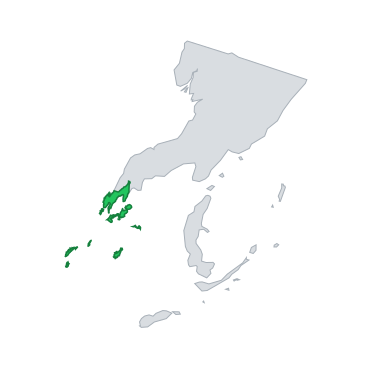 Milne Bay on a map of Papua New Guinea (orthographic projection), rotated 109°
{"feature_id": "PNG-1252", "entity_name": "Milne Bay", "entity_type": "Province", "adm_level": 1, "iso_a3": "PNG", "parent_name": "Papua New Guinea", "parent_adm1": "", "projection": "orthographic", "projection_center": [151.454, -10.028], "detail": "fine", "context": "in_parent", "style": "filled", "palette": "green", "viewbox_px": 384, "rotation_deg": 109, "n_neighbors": 0, "source": "natural_earth", "source_scale": "10m", "svg_char_len": 9708}
<svg xmlns="http://www.w3.org/2000/svg" viewBox="0 0 384 384"><g transform="rotate(109 192 192)"><path d="M50.8,245.6L49.7,202.8L47.5,199.6L49.4,191.9L48.4,120.0L52.4,120.2L72.1,128.4L85.3,132.5L96.9,134.4L107.7,141.3L115.5,141.5L127.3,151.4L132.1,152.0L140.4,160.3L141.0,167.1L140.1,171.5L152.8,175.4L165.0,181.1L171.5,181.6L175.2,183.6L179.8,188.5L180.6,195.2L178.0,196.4L166.7,196.6L163.6,198.8L168.2,209.2L178.5,218.7L186.2,223.1L188.6,231.8L192.5,234.4L195.1,241.3L199.1,242.0L206.9,240.8L208.1,243.7L207.0,248.1L208.2,249.9L222.5,253.5L217.7,255.8L219.9,259.8L229.2,263.2L235.0,264.4L238.5,264.0L234.4,266.0L230.8,265.4L230.1,266.0L231.6,267.7L234.6,269.5L231.5,271.8L228.4,272.2L222.6,270.7L217.6,266.4L202.0,264.6L196.7,262.7L192.4,263.4L179.8,261.2L175.6,258.2L172.8,253.6L165.3,248.2L163.5,245.5L164.2,241.8L162.2,242.4L157.8,239.8L146.2,223.1L140.4,220.8L125.9,218.1L123.8,214.9L117.0,213.8L115.6,216.0L110.1,217.6L105.4,216.1L100.7,212.1L106.4,221.3L104.4,221.3L105.3,222.7L104.3,223.0L98.3,222.6L100.2,226.4L90.4,228.8L83.1,228.2L79.6,229.3L78.1,229.2L76.2,226.4L73.5,227.0L75.8,227.0L78.7,230.2L84.8,229.6L90.8,231.9L95.9,237.4L95.8,241.2L82.4,248.7L74.4,245.8L63.0,247.0L58.9,245.9L53.8,247.5L50.8,245.6ZM257.1,147.7L259.9,149.6L262.8,147.6L268.4,150.1L267.3,159.3L265.5,161.9L260.8,162.8L260.2,164.2L263.3,169.7L262.0,171.6L257.9,173.7L251.2,173.4L249.4,177.2L245.7,180.5L231.1,187.2L215.3,187.8L210.1,183.7L204.7,184.5L197.3,179.7L191.2,177.8L190.0,176.0L190.1,173.6L191.8,172.1L202.7,172.3L209.6,174.2L218.7,172.9L221.3,171.5L222.2,165.5L223.7,163.0L225.2,164.2L223.4,168.8L225.5,172.9L232.0,171.7L236.1,172.6L239.3,171.4L243.9,164.9L247.5,162.0L254.2,160.5L254.1,155.8L251.7,149.2L252.7,147.3L257.1,147.7ZM336.5,195.9L335.7,198.0L335.2,197.3L331.9,199.3L328.1,198.6L324.7,196.4L322.2,192.6L322.1,188.4L318.4,186.5L313.6,181.0L312.7,177.5L313.1,171.6L320.1,175.1L327.2,185.3L334.0,190.0L336.5,195.9ZM282.4,150.4L277.7,159.6L274.8,155.8L273.7,153.1L273.4,146.1L265.9,135.5L258.2,131.9L242.5,121.0L236.3,119.2L237.9,118.7L237.8,116.0L245.6,121.8L250.4,123.1L256.8,127.6L261.2,129.1L280.2,145.6L282.4,150.4ZM157.3,105.2L172.1,105.4L172.3,106.6L170.4,106.8L167.9,109.1L159.0,108.5L155.2,109.8L154.9,108.2L156.3,107.7L156.1,106.1L157.3,105.2ZM232.3,246.8L235.0,248.4L237.3,248.2L239.0,250.0L239.3,253.0L238.4,253.7L237.7,252.8L230.6,252.2L231.9,250.5L230.6,247.1L232.3,246.8ZM230.3,117.8L225.1,117.8L221.1,114.2L226.3,112.5L230.2,114.1L230.3,117.8ZM242.9,259.8L246.2,258.0L247.0,258.6L245.7,263.2L240.6,261.2L237.1,253.8L242.9,259.8ZM270.3,240.3L275.9,239.5L278.7,241.5L279.5,242.2L278.9,244.2L274.2,243.4L270.3,240.3ZM283.2,285.2L293.7,290.3L289.8,291.1L286.5,289.8L286.1,288.5L284.8,288.9L285.4,288.0L283.2,285.2ZM184.0,179.0L179.3,175.3L179.5,172.6L184.5,174.9L184.0,179.0ZM228.8,249.7L227.4,249.8L224.3,247.1L226.2,244.1L228.3,245.2L228.8,249.7ZM311.5,171.4L309.5,165.2L311.3,163.3L313.1,167.3L311.5,171.4ZM167.6,171.6L164.3,169.3L166.7,167.0L168.2,168.1L167.6,171.6ZM217.3,96.6L215.5,97.0L213.1,95.0L213.7,92.8L216.5,94.2L217.3,96.6ZM145.9,156.7L144.0,158.9L142.7,157.2L144.8,154.7L145.9,156.7ZM243.6,228.8L243.7,236.3L242.2,234.8L242.9,231.7L241.4,230.9L243.6,228.8ZM97.1,232.6L100.3,235.6L92.6,230.9L97.1,232.6ZM99.8,231.8L95.6,230.7L94.7,229.8L99.7,230.1L99.8,231.8ZM303.6,286.0L303.4,287.1L300.6,287.3L298.8,285.7L300.5,286.1L300.3,285.0L303.6,286.0ZM272.9,125.1L273.0,128.5L271.1,126.1L272.9,125.1ZM262.5,123.2L261.7,124.2L259.7,121.8L260.1,121.3L262.5,123.2ZM239.4,270.4L239.2,271.9L237.3,271.1L237.5,270.2L239.4,270.4ZM260.8,120.6L259.3,121.0L259.5,118.6L260.8,120.6ZM180.0,110.2L180.2,111.9L178.1,111.5L180.0,110.2ZM292.7,144.4L292.4,146.0L291.3,145.5L292.7,144.4Z" fill="#d9dde1" stroke="#a8b0b8" stroke-width="1"/><path d="M212.0,251.7L213.5,251.7L215.0,252.2L215.8,251.9L216.3,252.0L217.1,251.7L219.2,252.2L220.1,252.5L221.8,252.4L222.5,252.6L222.7,253.2L223.2,253.4L223.3,254.0L222.9,254.1L221.5,254.8L219.4,255.3L218.9,255.3L218.6,255.2L218.3,255.4L217.1,255.8L216.9,256.3L217.0,256.6L217.5,257.2L218.9,258.3L219.5,259.0L219.5,259.8L220.3,260.0L221.1,260.7L222.2,261.0L223.7,261.0L224.9,261.6L225.9,261.3L226.4,261.8L227.1,262.1L227.8,262.8L229.6,263.4L230.0,263.5L231.0,263.3L232.3,263.7L232.9,263.4L233.8,263.5L233.4,264.0L234.2,264.8L236.0,264.5L237.2,264.4L238.1,263.9L238.5,263.7L238.9,263.8L238.9,264.0L238.5,264.3L237.8,264.5L234.7,266.0L234.0,266.1L233.1,266.0L232.3,265.7L231.1,265.6L230.4,265.3L229.9,265.3L229.3,265.8L228.9,266.6L229.2,267.2L229.3,267.1L229.6,267.2L230.5,267.3L234.6,268.7L235.1,269.1L235.2,269.7L235.5,270.2L235.4,270.5L232.8,271.5L232.5,271.3L231.6,271.5L230.6,272.4L230.5,272.8L229.9,272.7L229.4,272.8L229.1,272.4L228.8,272.2L227.5,272.8L227.1,272.5L226.4,273.1L225.8,272.6L226.0,272.1L225.8,271.9L224.5,272.4L224.1,271.9L223.6,271.9L223.2,271.5L222.6,271.4L222.9,271.1L222.5,270.4L222.2,271.0L221.5,270.7L221.6,270.3L221.3,270.6L220.9,270.2L220.3,270.0L220.5,270.3L220.3,270.4L219.6,270.2L220.3,269.7L220.3,269.4L220.0,269.5L220.3,269.2L220.5,269.1L220.6,269.3L221.3,269.2L222.2,269.5L223.2,269.1L223.3,268.6L223.9,268.4L222.8,268.3L222.2,268.0L221.4,267.8L221.2,268.0L220.9,269.0L220.6,268.7L220.6,268.2L219.9,267.2L217.5,266.1L216.2,266.1L216.1,262.2L215.7,261.3L214.2,260.7L213.1,259.9L212.1,259.5L210.8,258.4L209.4,258.0L208.9,257.0L208.3,256.5L205.8,255.4L204.5,255.2L203.4,255.2L202.4,255.5L202.4,254.3L203.0,253.7L203.9,253.6L205.1,253.9L210.8,252.2L212.0,251.7ZM237.5,252.7L237.6,253.1L236.4,252.7L234.8,252.9L232.7,252.2L230.5,252.3L230.4,252.2L230.7,251.9L231.8,251.2L232.0,250.7L231.9,250.1L231.0,249.6L230.4,248.2L230.3,247.6L230.5,247.2L230.9,246.9L231.9,246.6L233.6,247.4L234.2,248.1L235.1,248.6L236.5,248.2L236.7,247.8L237.5,248.3L238.2,249.0L238.2,249.5L239.1,250.1L239.1,250.9L238.7,251.2L239.0,251.5L239.4,251.6L239.5,252.1L240.0,252.5L239.5,253.3L239.3,253.0L238.9,253.3L238.3,253.9L238.6,252.9L238.4,252.8L237.5,252.7ZM278.6,242.5L279.8,243.0L279.3,243.5L279.3,243.9L279.1,243.9L278.5,243.5L278.2,243.9L279.0,244.6L279.1,244.9L278.9,245.1L278.4,244.6L278.0,244.6L277.5,245.0L276.4,245.2L275.9,245.1L274.7,243.6L274.3,244.1L274.4,244.4L274.8,244.5L274.8,244.8L274.5,245.2L274.2,244.6L273.0,244.1L272.7,243.7L272.9,243.4L273.3,243.7L273.7,243.7L273.7,243.3L274.1,243.1L273.9,242.9L273.1,242.5L271.9,241.5L271.4,241.6L270.1,240.9L269.5,241.0L269.3,240.8L270.0,240.6L270.0,240.4L269.5,239.7L269.1,239.4L268.6,239.8L268.6,241.2L268.5,241.7L268.3,240.8L267.9,239.9L268.2,239.5L269.1,239.0L269.5,239.1L270.3,240.0L271.9,239.9L273.9,240.2L275.6,240.2L276.3,240.7L276.7,241.3L277.0,241.5L277.6,241.7L278.0,241.5L278.4,241.8L278.6,242.0L278.6,242.5ZM244.0,259.4L245.2,258.2L246.0,257.9L246.8,258.1L247.1,258.8L246.5,260.9L245.8,262.1L245.9,262.3L245.7,263.0L245.8,263.3L244.3,262.3L242.4,261.7L240.5,261.5L240.4,260.1L240.7,260.0L241.2,259.3L240.3,258.6L240.3,259.1L240.0,259.4L239.6,259.4L239.3,258.9L239.1,258.7L239.1,257.6L238.5,256.5L238.2,256.2L237.8,256.1L237.7,255.8L237.1,255.7L236.8,255.3L236.6,254.7L236.8,253.7L237.8,254.3L238.1,254.6L238.4,255.5L239.8,256.2L241.0,257.6L242.3,258.2L242.5,258.6L242.1,258.5L241.9,258.8L242.0,259.2L243.1,260.0L243.8,260.3L244.1,260.2L244.2,259.7L244.0,259.4ZM293.8,290.3L294.1,290.5L294.0,290.8L293.8,290.7L293.5,290.8L293.2,290.7L292.8,290.9L292.3,290.8L292.1,291.1L290.7,290.8L290.4,291.1L289.8,291.2L289.7,290.9L290.0,290.9L290.1,290.7L289.4,290.6L289.1,290.3L288.6,290.4L288.4,290.3L288.6,290.0L288.3,289.9L288.3,289.6L287.6,290.1L286.9,289.7L286.6,289.9L286.4,289.7L286.3,289.2L286.7,288.7L286.4,288.4L286.2,288.7L285.8,288.4L284.8,289.0L284.7,288.6L285.4,288.3L285.4,288.0L284.7,287.8L284.1,287.1L283.7,287.2L283.7,286.4L283.3,286.3L283.0,285.9L283.3,285.0L284.2,285.7L284.6,285.9L285.1,285.7L285.3,286.1L287.1,286.8L287.7,287.3L288.8,287.7L289.7,288.3L292.5,289.0L292.9,289.6L293.5,289.8L293.8,290.3ZM228.6,245.6L229.5,247.6L228.6,249.2L229.1,249.3L229.1,249.6L228.7,250.2L228.2,250.2L227.2,249.7L227.0,249.8L226.9,249.0L225.5,248.6L225.1,247.9L224.3,247.1L224.4,245.9L224.9,244.9L225.8,244.2L226.3,244.1L228.2,245.1L228.6,245.6ZM243.3,235.4L244.0,236.1L244.0,236.8L243.3,235.6L242.1,234.8L243.2,233.4L243.6,232.0L242.9,231.4L241.4,231.1L241.3,230.8L241.6,230.3L241.8,229.7L242.5,229.0L243.8,228.8L243.6,229.0L243.6,229.9L243.4,230.7L244.0,231.3L244.0,232.2L243.3,234.9L243.3,235.4ZM303.6,285.6L303.8,286.2L304.0,286.5L303.8,286.9L303.4,287.2L303.2,286.9L302.5,286.7L301.4,287.1L301.1,287.1L301.1,286.6L300.9,286.6L300.8,287.1L300.5,287.3L300.1,287.3L299.3,287.2L299.0,286.7L298.5,286.5L299.0,286.1L298.7,285.7L299.3,286.0L300.1,286.0L300.5,286.2L301.0,286.2L300.9,285.8L300.7,286.0L300.4,285.8L300.4,285.6L300.1,285.4L300.0,285.0L300.9,285.2L302.4,285.0L302.8,285.4L303.0,285.3L303.6,285.6ZM275.3,271.5L276.8,272.2L277.0,272.6L276.6,272.8L275.3,273.0L274.7,273.2L271.5,272.3L270.7,271.7L270.9,271.5L272.2,271.8L272.6,271.8L273.4,272.3L275.3,271.5ZM239.0,269.8L239.4,270.1L239.5,270.4L239.2,270.6L239.4,270.8L239.3,272.0L239.1,272.1L237.8,271.7L237.4,271.9L236.9,271.2L237.0,271.0L238.0,271.5L238.8,271.5L237.4,270.3L237.4,269.9L237.7,269.8L238.0,270.1L238.7,270.0L239.0,269.8ZM242.8,271.2L242.3,271.6L242.2,271.8L242.6,271.8L242.2,272.2L242.2,272.4L241.6,272.3L241.3,271.8L240.2,271.7L240.1,272.5L239.9,272.6L239.7,271.8L239.8,271.4L240.1,271.1L240.7,270.9L241.7,270.9L242.2,271.2L242.5,271.0L242.8,271.2ZM282.9,284.3L283.1,284.0L282.6,283.6L282.4,283.7L281.6,283.1L281.3,282.7L281.6,282.4L282.1,282.7L283.0,282.9L283.8,283.5L284.2,283.6L283.8,284.1L283.6,284.1L283.4,284.2L282.9,284.3ZM241.7,252.2L242.0,252.7L241.7,253.0L241.3,252.4L240.5,251.9L240.6,251.6L241.3,251.3L241.8,251.5L241.9,251.9L241.8,252.2L241.7,252.2Z" fill="#22c55e" stroke="#15803d" stroke-width="1.5"/></g></svg>